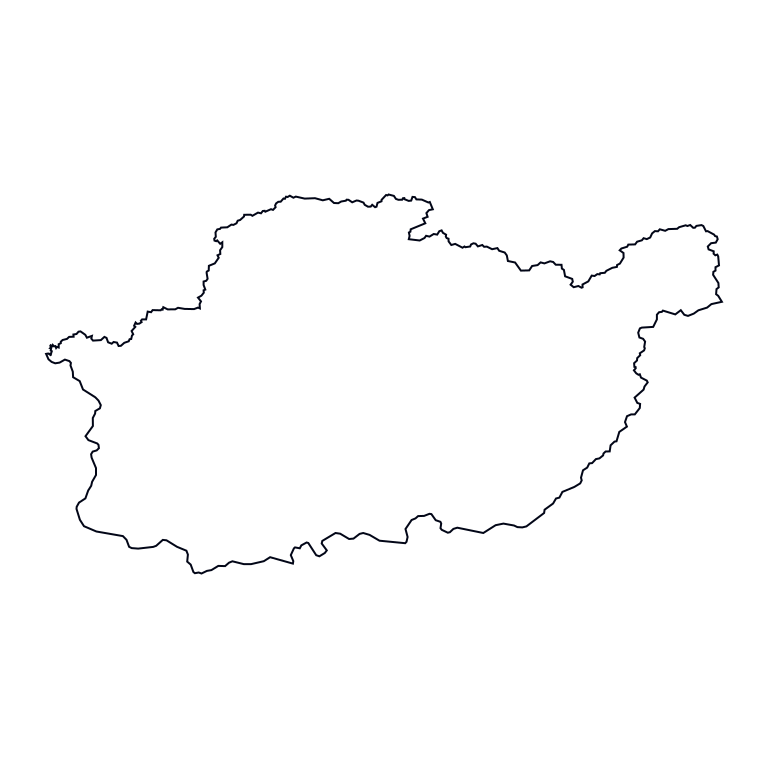 Kapuas Hulu, Kalimantan Barat, Indonesia (orthographic projection)
{"feature_id": "22746128B82886709098386", "entity_name": "Kapuas Hulu", "entity_type": "district", "adm_level": 2, "iso_a3": "IDN", "parent_name": "Indonesia", "parent_adm1": "Kalimantan Barat", "projection": "orthographic", "projection_center": [113.006, 0.834], "detail": "fine", "context": "isolated", "style": "outline", "palette": "ink", "viewbox_px": 768, "rotation_deg": 0, "n_neighbors": 0, "source": "geoboundaries", "source_scale": "gbopen_adm2", "svg_char_len": 6052}
<svg xmlns="http://www.w3.org/2000/svg" viewBox="0 0 768 768"><path d="M717.7,239.2L716.9,236.5L715.1,236.1L714.1,234.6L707.6,231.1L706.0,231.3L703.3,226.0L701.5,225.1L696.4,225.9L694.9,227.7L693.2,227.8L690.2,225.0L687.4,226.0L685.7,225.3L679.1,227.2L677.2,228.8L668.4,229.1L665.2,230.8L659.8,229.3L658.0,231.3L654.9,231.1L652.1,233.4L650.2,237.5L646.8,239.1L643.6,238.2L641.9,240.3L637.1,241.7L635.1,244.4L628.3,244.6L627.2,246.7L621.4,248.5L619.7,250.3L623.5,253.0L623.6,257.6L619.9,263.6L617.1,265.0L616.9,266.9L612.3,267.8L606.4,270.8L604.8,272.8L600.2,273.2L599.7,274.4L597.3,274.1L594.6,276.0L591.7,275.6L588.3,281.4L582.5,284.5L582.6,287.3L581.5,287.7L578.4,286.0L573.7,287.2L570.6,284.7L572.8,281.7L572.2,278.9L565.1,276.3L563.9,269.9L561.9,268.6L561.5,264.8L555.7,264.7L553.2,262.0L550.1,261.3L544.4,263.4L540.6,262.4L537.6,265.1L532.1,266.0L529.2,270.4L520.9,270.6L515.1,262.5L507.9,261.0L506.8,255.4L504.7,252.5L499.2,250.8L497.4,248.1L492.1,249.2L486.8,246.6L484.1,246.8L482.3,245.0L477.9,246.4L475.6,243.7L473.4,243.3L471.0,244.5L470.2,246.5L465.4,247.2L464.5,246.5L462.5,247.7L455.2,243.9L451.3,245.0L448.6,241.4L448.5,238.7L446.7,238.1L445.8,236.6L446.1,234.7L442.9,232.8L441.6,230.4L439.3,231.2L437.2,234.6L433.7,234.0L429.5,236.6L426.1,235.8L424.5,238.0L419.7,240.5L408.8,239.2L409.6,235.9L408.9,232.5L410.4,231.7L410.7,229.3L425.3,223.3L423.0,218.6L427.6,216.8L426.4,213.1L429.0,210.1L432.8,209.3L429.8,202.0L428.4,202.5L421.8,199.6L416.4,199.4L414.9,197.1L412.5,196.9L411.2,200.6L408.7,200.9L404.5,199.2L404.3,198.1L403.0,198.2L402.2,199.7L398.4,199.8L395.9,198.9L393.9,195.9L388.6,194.5L387.6,195.4L386.1,195.0L381.6,199.8L381.5,201.3L377.5,202.9L376.5,206.7L375.1,207.2L372.2,204.8L370.7,206.6L368.0,206.7L364.7,204.8L363.5,202.6L358.5,200.7L356.5,200.5L352.2,202.3L348.5,199.8L346.6,199.7L345.9,200.7L341.2,201.5L338.3,203.2L334.0,203.0L329.2,198.8L322.8,200.3L315.0,198.2L304.7,198.6L295.8,196.6L293.4,197.7L289.8,195.7L287.6,197.0L286.0,196.7L284.9,198.8L283.5,198.5L280.7,201.7L278.3,201.8L276.1,203.4L275.1,205.5L275.6,207.2L273.0,209.9L271.0,209.2L265.3,211.7L264.7,210.8L262.8,211.0L261.0,213.3L258.0,212.6L252.4,215.8L250.7,214.7L244.2,214.8L244.0,216.5L240.1,220.0L237.7,220.7L236.5,223.3L233.4,224.9L231.4,224.6L227.3,227.3L221.0,227.6L220.0,228.9L217.3,229.4L215.5,232.4L215.8,236.8L214.2,238.8L214.5,240.6L216.2,241.2L217.2,240.4L220.2,243.8L222.3,242.3L222.3,247.1L220.1,250.2L220.3,254.0L217.5,255.3L218.7,257.8L214.8,263.4L208.9,265.8L208.7,270.5L206.8,271.6L206.6,272.8L207.6,278.8L206.2,280.8L203.6,281.5L203.6,285.0L205.3,289.6L203.6,290.3L203.8,292.7L201.4,295.7L198.0,297.6L201.0,301.4L199.6,304.1L199.9,308.4L198.0,307.6L194.0,309.1L184.6,308.9L178.0,307.8L175.3,309.3L167.7,309.4L163.3,307.2L162.6,309.6L161.8,309.2L160.7,310.3L152.6,310.1L151.1,312.2L147.7,311.6L146.1,319.4L142.1,319.4L140.9,320.8L141.6,322.1L139.4,323.6L137.0,323.9L135.6,322.5L134.1,325.8L135.3,326.9L131.6,331.0L133.2,334.3L132.0,335.5L131.2,339.0L129.6,339.2L128.7,341.3L124.3,342.8L120.9,345.8L118.6,346.0L117.0,342.6L113.6,342.0L111.7,343.7L108.1,342.3L106.5,337.9L104.4,336.9L100.9,340.1L93.0,340.6L91.3,338.6L91.9,335.9L86.9,337.7L85.3,334.8L80.5,331.4L78.5,331.7L76.5,334.0L73.4,334.5L73.6,336.7L69.1,336.9L67.0,338.9L62.6,340.0L60.8,341.7L60.8,343.2L58.7,344.2L58.7,347.5L56.9,346.9L56.1,348.0L55.3,346.1L54.0,346.3L52.8,345.0L52.4,346.2L50.7,345.2L50.3,345.8L51.0,347.3L50.1,348.2L51.1,348.6L50.7,350.5L51.8,351.2L51.1,353.4L50.1,353.7L51.3,355.5L48.2,353.5L46.1,353.9L48.5,359.3L51.6,361.9L55.2,363.3L59.6,362.6L64.9,359.6L69.4,361.1L70.9,362.9L70.5,365.5L72.8,371.7L73.1,377.2L79.7,381.1L83.0,389.5L95.3,397.3L98.5,400.6L100.8,405.1L99.9,408.3L95.3,411.0L95.1,413.6L92.8,418.0L92.9,426.0L85.5,436.2L88.4,440.1L97.3,443.5L98.5,444.9L98.9,448.2L96.7,450.4L92.7,451.6L91.1,454.2L91.6,457.6L96.0,468.1L96.0,475.0L92.1,481.8L91.2,485.8L88.2,490.5L85.4,498.4L79.0,502.6L76.7,506.8L76.5,508.9L79.9,519.8L84.0,526.2L96.4,531.5L122.9,536.1L126.5,539.8L129.1,546.8L131.7,548.1L138.2,548.6L153.2,546.9L156.2,545.8L162.8,539.9L166.5,540.3L177.0,546.8L186.4,550.7L187.9,554.6L187.2,561.6L190.7,564.6L193.4,572.0L194.9,573.2L198.7,572.5L201.5,573.5L206.9,570.9L211.4,570.1L218.3,565.9L225.1,566.1L229.0,562.7L232.4,561.3L243.7,564.1L251.2,564.1L263.8,561.2L270.1,557.2L292.9,563.6L293.3,561.1L290.8,555.1L293.9,548.4L295.0,547.4L299.8,548.3L301.3,545.4L306.6,542.5L308.3,543.0L316.2,555.2L319.4,556.3L324.8,553.0L326.8,550.4L321.7,543.5L322.3,540.9L335.5,533.0L340.2,533.7L349.1,539.0L353.5,538.6L359.6,533.9L363.2,533.0L369.6,534.9L379.5,540.7L405.2,543.2L406.5,541.8L407.6,537.0L405.5,529.0L411.6,520.0L415.5,518.4L418.1,516.1L424.1,515.9L429.5,513.8L431.4,514.1L435.7,520.2L440.4,521.8L441.2,523.5L440.5,528.2L441.7,529.8L447.8,532.7L449.9,532.2L453.4,528.9L457.3,527.7L483.3,533.0L495.6,525.2L503.4,523.6L514.0,525.5L517.4,527.1L522.3,527.4L526.4,526.4L544.1,513.0L544.6,509.7L553.1,503.5L556.0,498.5L559.4,497.6L562.4,491.9L574.4,486.9L580.2,483.4L581.7,480.4L581.0,477.7L583.0,470.3L587.2,467.6L589.3,463.4L592.1,463.1L595.9,459.1L599.4,458.4L603.1,455.4L603.5,453.5L605.6,451.5L609.7,451.4L610.6,445.3L614.5,441.6L616.5,441.3L619.3,431.9L626.9,426.6L625.0,422.1L627.0,416.2L631.1,414.4L634.8,414.4L639.8,408.0L640.1,403.9L637.3,402.9L634.6,397.6L643.6,389.6L644.5,386.5L647.7,382.4L646.8,380.6L641.0,377.6L639.8,374.3L638.5,374.8L636.2,373.3L633.9,370.3L635.7,368.3L635.6,367.1L634.4,366.9L634.1,363.2L637.0,360.5L637.2,358.1L640.2,355.2L639.8,353.3L644.1,350.4L644.8,348.2L644.2,347.0L645.1,341.6L643.1,338.8L639.4,337.5L638.2,332.7L639.9,328.4L641.8,327.6L653.2,326.9L656.9,319.4L656.9,314.7L659.1,312.2L661.8,311.9L662.9,310.6L675.3,314.4L680.8,310.2L684.3,314.8L688.0,315.9L693.8,313.6L698.4,310.3L707.1,307.6L711.4,304.1L721.9,301.8L718.2,295.8L716.1,294.2L716.5,289.1L718.7,287.4L718.4,283.0L713.1,274.8L713.4,271.8L715.5,270.6L715.5,267.2L719.0,265.4L718.2,256.4L717.3,254.6L715.3,255.3L713.6,253.7L713.7,251.3L708.6,249.4L707.8,246.5L711.1,243.2L715.8,242.6L717.7,239.2Z" fill="none" stroke="#020617" stroke-width="2"/></svg>